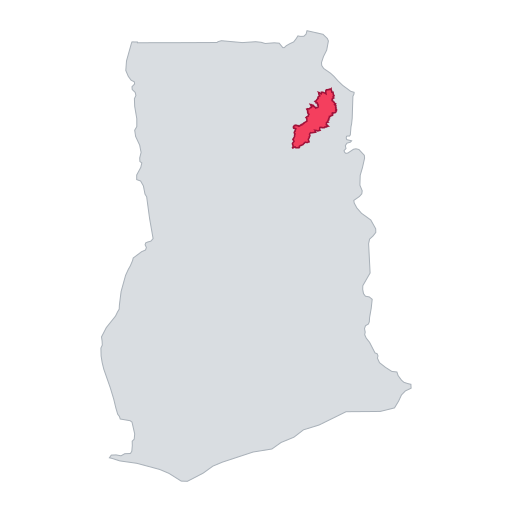 Gushegu, Northern, Ghana shown in context
{"feature_id": "2480657B56494255769768", "entity_name": "Gushegu", "entity_type": "district", "adm_level": 2, "iso_a3": "GHA", "parent_name": "Ghana", "parent_adm1": "Northern", "projection": "orthographic", "projection_center": [-0.233, 9.923], "detail": "fine", "context": "in_parent", "style": "filled", "palette": "rose", "viewbox_px": 512, "rotation_deg": 0, "n_neighbors": 0, "source": "geoboundaries", "source_scale": "gbopen_adm2", "svg_char_len": 8055}
<svg xmlns="http://www.w3.org/2000/svg" viewBox="0 0 512 512"><path d="M323.0,34.3L327.4,38.6L328.4,41.0L326.7,50.1L323.5,56.5L321.5,62.5L321.7,65.5L323.7,68.5L330.5,73.2L333.9,76.3L338.0,80.9L342.7,85.4L350.7,91.3L354.1,92.3L354.0,94.0L352.9,96.3L352.2,118.2L351.6,123.9L351.0,126.7L350.3,134.9L349.4,136.1L347.9,136.0L346.5,136.3L346.2,138.0L346.7,139.6L351.6,140.8L350.5,142.1L346.9,143.2L345.3,145.7L346.0,148.5L344.0,150.7L344.6,152.3L345.9,153.4L347.9,153.0L353.6,149.2L356.0,148.8L358.9,149.5L364.3,155.3L364.6,158.1L362.4,167.8L360.2,175.3L359.9,185.2L362.2,190.8L361.8,193.8L359.4,196.5L353.8,200.4L354.2,203.0L356.8,207.9L361.5,213.3L370.8,220.0L375.7,228.8L375.8,232.4L373.0,236.0L369.6,239.1L368.6,243.6L370.1,273.0L362.8,285.7L362.7,289.4L363.5,293.6L365.4,296.2L369.2,296.9L372.2,299.3L371.2,308.3L369.6,317.4L369.3,321.8L368.4,324.0L365.5,325.7L364.5,328.6L365.2,332.1L364.7,334.7L366.2,338.1L369.6,342.4L375.0,352.9L377.1,353.7L378.0,355.9L377.4,358.1L379.5,362.7L385.5,367.4L391.8,371.4L396.9,372.0L398.1,375.6L401.5,380.2L403.9,382.3L407.8,383.6L410.9,384.3L411.1,388.2L405.4,390.9L401.5,394.9L398.6,401.1L394.5,407.9L380.4,411.4L375.0,411.5L346.1,411.7L319.1,425.0L303.5,429.8L293.9,437.2L281.0,442.5L271.9,449.0L253.2,452.0L222.5,462.1L212.9,466.1L203.2,473.1L187.4,481.3L181.2,481.1L168.8,473.3L159.5,469.4L136.8,463.3L119.8,460.9L111.7,458.3L109.4,457.8L111.3,455.1L116.1,454.9L121.0,455.8L124.8,453.7L130.4,453.5L131.8,451.3L132.3,445.7L132.2,441.2L134.2,439.2L134.7,433.9L132.0,422.1L130.1,420.7L120.2,419.0L119.5,416.6L117.7,414.2L115.9,408.1L113.7,399.0L110.3,387.8L103.8,369.2L102.2,362.7L101.1,356.0L100.9,348.1L102.3,345.1L102.1,341.0L101.5,336.9L106.3,327.6L115.5,316.1L117.5,312.0L119.2,309.1L119.4,305.0L121.1,291.5L125.6,275.3L128.4,269.2L130.3,265.9L132.6,260.5L133.2,258.0L141.6,251.7L145.5,250.0L146.4,247.5L145.1,244.8L145.7,242.9L147.7,242.0L150.8,241.2L153.1,238.6L149.6,218.6L146.9,198.6L146.7,196.9L145.0,194.1L143.4,185.9L140.6,181.0L136.7,179.6L136.7,175.0L140.8,167.4L141.8,162.9L139.9,161.5L139.7,158.0L141.1,152.4L140.4,148.9L139.7,145.2L135.6,136.4L134.7,130.2L136.8,126.6L136.8,118.7L134.7,106.4L134.4,98.7L135.9,95.5L135.2,92.4L132.2,89.5L132.0,86.7L134.6,84.0L134.3,81.8L131.1,80.2L128.3,76.4L125.8,70.5L126.5,60.9L131.4,43.4L132.0,41.9L137.4,42.0L137.4,42.8L154.1,42.7L173.3,42.7L196.2,42.6L217.0,42.5L218.0,41.7L221.4,40.7L242.4,42.6L255.6,41.7L261.2,42.3L265.2,43.5L274.3,42.8L279.2,43.2L282.8,47.6L284.3,47.6L286.3,45.7L290.0,43.6L293.7,41.9L296.3,38.5L297.9,35.9L300.3,36.4L303.8,36.3L306.1,34.1L307.0,30.7L323.0,34.3Z" fill="#d9dde1" stroke="#a8b0b8" stroke-width="1"/><path d="M331.8,92.2L331.5,90.5L331.1,89.4L331.1,88.8L330.8,89.1L330.5,89.0L330.1,89.3L329.8,89.1L329.4,89.5L329.2,89.6L329.0,89.4L328.4,89.5L328.2,89.7L327.3,89.7L327.2,89.8L326.8,89.7L326.4,89.8L326.3,90.2L326.0,90.3L325.8,90.7L326.0,90.8L325.8,91.2L325.8,91.5L325.7,91.8L325.8,92.4L325.7,92.6L325.9,93.0L325.9,93.3L326.0,93.8L324.7,93.0L322.7,92.2L321.6,92.2L321.7,92.5L321.3,93.9L321.2,94.0L319.6,92.7L318.6,92.4L318.8,92.7L318.7,93.5L318.9,94.4L319.3,95.3L319.8,95.9L318.1,96.9L317.9,97.6L318.2,98.2L317.7,98.5L317.7,98.8L316.8,99.7L316.5,100.3L316.1,100.6L316.0,100.9L315.6,101.2L315.0,101.4L315.2,101.6L315.3,101.5L315.8,101.8L315.8,102.1L316.1,102.3L316.2,102.7L316.6,102.8L316.5,103.0L316.9,103.0L317.0,103.1L317.3,103.0L317.6,103.9L317.7,104.0L317.9,104.2L318.0,104.4L317.8,104.6L318.0,104.7L317.9,104.9L318.0,104.9L318.0,105.2L318.3,105.6L318.2,106.1L318.3,106.9L317.6,107.5L316.5,107.5L316.3,107.8L316.0,107.7L315.7,108.0L315.4,107.4L315.1,107.1L314.7,106.9L314.4,107.0L314.2,106.4L313.8,106.2L313.7,106.2L313.7,105.9L313.5,105.6L313.4,105.7L313.1,105.5L313.0,105.4L312.9,105.5L312.9,105.4L312.7,105.4L312.6,105.5L312.5,105.3L312.2,105.5L311.8,105.4L311.7,105.2L311.6,104.9L311.2,105.0L311.0,104.7L310.9,104.8L310.4,104.6L310.5,104.8L310.7,105.0L310.8,105.0L311.1,105.2L311.0,105.6L311.3,106.0L311.2,106.4L311.6,107.0L311.6,107.3L311.2,107.6L310.6,107.6L309.8,108.2L309.2,108.9L307.9,108.7L307.6,108.7L306.9,109.0L307.0,109.1L306.8,109.3L307.0,109.7L307.3,109.7L307.3,109.8L307.1,110.0L307.3,109.9L307.6,110.1L307.5,110.3L307.7,110.9L307.6,111.3L307.8,111.8L307.8,112.1L307.6,112.2L307.7,112.6L307.8,112.6L307.7,112.8L307.8,112.7L307.8,112.8L307.8,113.1L308.0,113.4L308.1,113.6L308.3,113.9L308.4,113.7L308.7,113.8L308.9,114.3L308.6,114.4L308.6,114.8L308.5,115.0L308.3,115.8L308.3,116.1L308.0,116.3L307.7,116.3L307.5,116.6L306.7,116.8L306.5,117.0L306.4,117.4L306.0,117.6L306.8,118.6L306.9,121.2L303.8,123.0L303.8,123.3L303.5,123.3L303.2,123.9L302.7,124.0L302.2,124.0L301.8,124.7L301.6,124.8L301.6,125.0L301.3,124.9L301.0,125.0L300.9,124.9L300.6,125.2L300.4,125.2L300.1,125.4L299.7,126.1L299.3,126.0L299.2,126.2L298.9,126.2L298.7,126.0L298.4,126.2L298.0,125.6L297.4,125.7L297.1,125.6L296.9,125.4L296.6,125.4L296.4,125.3L296.4,125.5L296.1,125.6L295.7,125.5L295.4,125.3L294.9,125.6L294.7,125.4L294.4,125.4L293.9,126.2L293.4,126.8L293.4,127.4L293.6,128.2L293.8,128.2L294.1,128.1L294.2,128.3L294.5,128.2L294.8,128.5L295.3,128.6L295.6,128.5L295.9,128.7L295.0,130.8L295.2,131.1L295.1,131.3L294.7,131.3L294.2,132.5L294.5,133.2L294.5,133.8L294.6,134.0L294.8,134.0L294.7,134.2L294.9,134.6L294.6,135.2L294.5,135.8L294.6,136.5L294.2,137.3L293.9,137.6L293.9,137.9L293.6,138.3L293.5,138.8L293.1,138.9L292.9,139.3L292.9,139.5L293.0,139.5L293.4,140.1L293.7,140.5L294.0,141.5L293.0,142.6L292.4,143.6L292.6,144.5L293.0,145.0L292.9,145.4L293.0,145.6L293.0,145.9L293.1,146.0L293.1,146.4L293.1,147.0L292.7,147.6L292.6,147.4L292.5,147.5L292.7,147.9L293.4,147.8L293.9,147.4L294.0,147.4L294.2,147.2L294.3,147.2L294.8,147.0L294.9,146.9L295.1,147.1L295.4,147.1L295.7,147.7L295.8,147.8L297.3,147.8L297.9,147.7L298.1,147.8L298.4,147.8L298.5,147.7L299.1,147.7L299.3,147.4L299.1,147.3L299.2,147.1L299.3,146.4L299.5,146.4L299.7,146.0L300.4,145.7L300.5,145.5L301.0,145.5L301.9,145.1L302.1,144.9L302.9,144.7L303.1,144.4L303.4,144.1L303.7,143.6L304.2,143.4L304.3,143.0L304.8,142.7L305.2,142.4L305.3,142.2L307.2,142.6L307.9,142.2L309.1,141.9L309.1,141.7L308.8,141.3L308.6,140.2L308.3,139.6L308.3,139.3L308.7,138.5L309.3,137.7L309.2,137.1L309.3,136.6L309.9,136.0L309.9,135.3L309.5,134.3L309.6,133.9L310.6,132.6L311.9,132.9L312.5,132.6L313.3,132.6L313.7,132.5L315.7,132.2L315.5,131.7L315.4,131.7L315.1,131.2L315.4,131.0L315.5,130.6L315.2,130.3L316.7,130.5L317.7,131.0L320.1,130.3L319.6,129.6L319.8,127.6L320.0,127.4L320.4,127.5L320.9,127.4L321.0,127.3L321.3,127.5L321.9,127.5L322.1,127.8L322.6,127.8L322.9,127.6L324.0,127.8L324.5,127.6L324.5,127.2L324.9,126.9L325.3,126.9L325.3,127.0L325.6,126.9L325.7,127.0L326.0,126.9L326.2,127.0L326.5,126.7L327.0,126.6L327.1,126.4L327.3,126.5L327.5,126.3L327.8,126.1L328.2,126.1L328.0,125.9L327.7,125.8L327.5,125.4L327.1,125.0L326.9,124.9L326.5,125.0L326.2,124.8L326.5,124.1L326.4,122.8L326.9,122.3L327.7,122.2L327.4,122.0L327.4,121.8L328.0,121.1L327.9,120.8L328.2,120.4L328.2,120.0L328.9,119.8L328.8,119.2L328.6,118.7L328.9,118.0L329.3,117.8L329.5,117.8L329.4,116.4L329.9,116.4L330.8,116.1L331.0,115.9L331.1,115.6L331.3,115.7L331.7,115.4L331.8,115.3L332.1,115.2L332.4,115.4L332.6,115.3L332.7,114.6L332.5,114.4L332.3,113.7L332.1,113.4L332.2,113.0L332.5,112.8L333.5,113.1L333.8,112.8L334.1,112.9L334.7,112.6L335.1,112.7L335.3,112.6L335.6,112.2L335.9,112.0L336.1,111.2L336.4,110.9L336.2,110.7L336.4,110.1L336.2,109.9L336.3,109.7L336.0,109.7L336.0,109.1L335.9,109.2L336.0,108.6L335.8,108.5L335.6,108.0L335.6,107.5L335.8,107.4L336.0,107.2L335.7,106.3L335.6,105.9L335.4,105.7L335.5,105.4L335.4,105.3L335.5,105.3L335.5,105.2L335.3,105.2L335.3,104.9L335.2,104.8L335.3,104.8L335.1,104.6L335.3,104.3L335.3,104.0L335.5,103.7L335.0,103.6L334.8,103.3L334.6,103.2L334.1,102.2L333.8,102.3L333.4,101.9L333.0,101.2L332.8,101.1L332.8,100.9L332.5,100.7L332.3,100.8L332.2,100.8L332.0,100.3L332.0,100.0L332.3,99.7L332.2,99.1L332.3,98.8L333.1,98.5L333.4,98.0L333.7,97.9L333.3,97.6L333.0,96.9L333.7,95.9L334.1,95.8L334.0,95.3L333.4,94.9L333.1,92.6L332.9,92.1L332.4,92.3L331.8,92.2Z" fill="#f43f5e" stroke="#9f1239" stroke-width="1.5"/></svg>